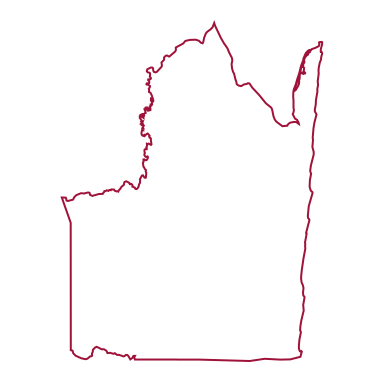 Matutuine, Maputo, Mozambique (Equal Earth projection)
{"feature_id": "85939544B97303459234614", "entity_name": "Matutuine", "entity_type": "district", "adm_level": 2, "iso_a3": "MOZ", "parent_name": "Mozambique", "parent_adm1": "Maputo", "projection": "equal_earth", "projection_center": [32.584, -26.451], "detail": "fine", "context": "isolated", "style": "outline", "palette": "rose", "viewbox_px": 384, "rotation_deg": 0, "n_neighbors": 0, "source": "geoboundaries", "source_scale": "gbopen_adm2", "svg_char_len": 5907}
<svg xmlns="http://www.w3.org/2000/svg" viewBox="0 0 384 384"><path d="M141.2,121.6L141.8,122.3L142.6,121.8L142.0,123.3L142.5,123.3L142.4,124.3L141.7,123.5L141.1,123.5L140.8,123.9L141.2,124.1L141.6,125.1L142.8,125.6L142.6,124.6L143.1,124.5L143.4,125.3L143.8,125.6L142.9,127.5L143.4,128.6L142.3,128.6L142.4,129.0L142.9,129.1L142.3,129.8L142.8,130.4L142.0,130.4L141.6,132.0L141.5,134.0L141.9,135.0L142.8,135.7L143.9,135.1L143.9,136.0L144.5,136.2L145.8,134.7L147.4,133.5L147.9,133.7L149.6,135.7L149.2,136.6L149.6,137.7L150.4,137.8L150.9,138.8L150.9,140.7L151.5,144.3L151.0,144.9L148.6,143.6L147.7,144.1L146.9,143.8L147.1,145.8L146.3,147.2L146.8,148.1L146.7,149.2L145.1,149.2L144.5,149.8L144.5,152.0L144.9,152.9L144.3,154.6L144.7,155.7L145.6,156.8L146.3,156.9L147.5,156.4L148.0,157.3L147.2,159.5L146.3,160.2L145.2,160.1L144.2,159.3L143.4,159.5L143.6,161.8L142.9,162.6L143.4,166.6L144.1,167.4L144.8,169.0L146.0,170.1L145.7,171.4L146.3,173.0L145.9,177.3L145.6,177.8L144.5,177.6L143.0,175.3L141.9,175.6L139.9,179.3L140.2,180.7L139.9,182.0L140.1,182.7L139.0,184.5L138.6,186.6L137.3,188.6L136.5,189.1L135.3,188.8L134.8,187.6L132.4,186.6L132.6,186.0L132.4,185.0L131.5,184.0L130.9,183.8L130.6,184.2L129.9,184.2L129.0,182.7L126.3,181.3L124.6,181.9L124.2,182.8L123.9,184.8L121.5,186.8L119.8,189.4L118.8,190.3L118.3,191.6L117.7,191.3L116.3,191.4L114.7,190.7L114.1,189.6L111.7,189.4L111.2,189.5L110.9,190.2L109.3,190.0L108.5,190.9L106.8,190.3L105.7,191.0L104.4,191.1L104.0,192.3L103.4,192.6L102.7,193.9L99.0,194.0L92.3,195.9L90.0,194.8L89.6,192.9L89.0,192.6L87.9,192.5L84.0,193.5L81.0,193.2L76.2,195.2L74.0,197.5L73.4,199.1L72.9,199.7L68.2,200.9L67.3,200.9L66.5,200.5L66.1,198.3L65.7,197.6L61.8,197.5L70.7,222.8L70.8,350.2L72.5,350.6L73.3,353.3L75.6,355.7L81.4,358.3L85.6,359.2L87.4,358.7L90.3,356.3L91.5,356.2L92.1,355.7L92.0,353.5L92.8,351.7L92.9,349.8L95.0,347.6L96.5,346.8L99.1,347.9L101.5,349.3L103.5,349.2L104.5,349.5L106.5,350.9L107.5,353.1L110.0,352.8L113.5,353.8L114.8,353.2L117.0,354.9L119.3,354.9L123.4,356.4L124.5,356.1L125.9,354.9L127.3,355.0L128.3,355.9L130.3,359.4L132.6,357.8L133.2,356.2L133.7,355.9L135.0,355.9L134.2,357.5L134.9,359.5L199.1,359.6L249.7,361.0L264.7,358.8L280.2,359.6L290.3,359.4L300.4,356.8L301.8,351.6L301.4,351.1L300.5,351.6L299.8,351.1L298.9,348.6L298.9,345.3L299.5,339.2L300.9,332.3L300.7,331.4L300.1,330.4L300.4,326.1L301.4,320.1L303.7,310.6L303.2,304.9L304.6,297.1L303.3,295.4L303.0,292.9L303.5,287.9L302.8,285.1L301.6,282.4L301.1,278.6L301.2,275.8L301.8,270.0L303.5,258.3L305.3,248.8L305.1,245.7L305.3,244.2L305.0,242.7L306.6,233.9L306.6,233.4L306.2,233.3L306.1,232.9L309.4,220.2L309.2,219.3L308.2,218.2L307.8,216.2L308.8,206.0L312.6,192.9L312.3,191.9L311.3,191.3L310.4,189.6L309.6,186.6L309.9,180.2L311.1,173.6L310.7,173.0L310.2,170.6L310.9,165.5L313.7,154.5L313.7,151.9L312.4,147.0L313.0,140.0L312.7,137.8L313.5,128.2L314.4,122.7L316.5,114.4L314.9,111.5L314.8,109.7L315.8,104.3L315.9,100.4L317.4,91.7L317.3,89.0L318.1,84.9L317.7,81.4L318.7,73.6L318.5,71.1L318.7,68.1L319.7,62.9L321.0,59.5L321.3,56.6L322.1,53.9L322.1,53.0L321.6,51.9L320.8,52.0L320.7,51.5L320.8,49.3L322.2,43.8L322.1,42.2L321.8,41.9L319.2,42.2L319.0,42.6L319.4,44.1L318.8,46.1L315.1,48.0L312.0,49.0L310.5,50.8L310.2,50.8L310.0,49.9L309.1,50.1L307.7,51.0L305.7,53.3L303.4,58.6L303.4,59.8L301.1,65.7L299.3,72.9L299.6,72.8L300.8,69.9L301.2,67.0L302.1,67.0L301.6,66.7L301.7,65.7L303.3,61.4L304.0,58.2L304.9,56.1L307.0,52.9L308.8,51.1L309.4,50.9L309.7,51.2L309.5,51.8L309.7,52.3L308.4,52.9L308.0,54.6L306.5,55.6L305.0,57.5L304.1,59.5L304.4,62.3L303.2,64.3L303.2,65.1L302.7,65.2L302.3,65.9L302.5,66.5L303.1,66.5L303.7,67.4L304.0,68.2L303.9,70.2L303.2,72.3L304.5,72.1L305.2,73.0L305.1,73.3L304.2,73.2L303.9,73.8L303.3,74.0L302.1,72.9L301.2,73.3L301.0,72.7L300.0,73.4L299.8,74.4L299.6,78.8L299.0,80.7L299.2,82.2L298.9,84.1L297.9,86.4L295.7,90.0L294.0,91.3L294.2,89.3L296.3,84.6L299.1,75.8L299.4,73.8L299.2,73.5L297.7,77.7L295.6,84.9L293.8,89.4L293.3,92.4L293.2,97.4L293.5,100.1L293.5,107.6L293.9,110.1L293.4,112.8L292.7,114.1L295.0,118.6L297.1,119.9L298.7,122.9L298.9,124.0L296.3,122.1L294.0,121.9L290.1,122.7L288.7,123.7L287.4,125.1L287.3,125.7L282.4,126.2L276.3,121.6L274.7,119.4L273.5,116.3L272.1,109.5L271.3,107.7L265.9,103.3L258.9,94.7L252.3,87.7L249.5,83.5L248.0,83.2L246.8,83.9L244.1,84.4L241.1,86.1L238.8,85.6L237.2,84.6L236.6,83.8L236.5,82.5L235.3,78.9L234.1,73.8L233.1,71.9L232.1,68.7L231.6,64.5L231.8,62.7L232.2,61.6L232.2,59.3L231.8,57.7L229.0,52.2L227.4,48.2L223.9,43.2L220.8,37.8L215.2,26.0L214.2,23.0L212.5,27.4L210.5,29.4L207.2,31.8L205.8,33.5L204.1,37.9L203.3,41.9L202.6,43.3L200.7,42.6L199.0,40.8L195.7,39.7L190.0,39.9L185.4,40.9L183.2,43.5L175.8,47.5L175.9,50.0L175.2,51.5L169.6,56.3L169.1,56.6L167.0,55.5L165.9,55.7L164.8,56.6L164.1,57.5L164.1,59.3L163.9,60.0L161.5,62.5L161.9,65.3L161.7,66.6L156.9,71.8L155.5,72.4L153.9,71.8L153.4,71.0L152.9,68.1L152.2,67.5L150.6,67.6L147.3,69.3L146.8,70.9L146.9,71.5L147.9,72.4L149.3,72.7L150.0,73.2L150.1,74.6L149.8,76.8L150.9,78.0L150.9,78.6L150.3,79.3L148.2,79.4L148.1,80.1L149.2,81.4L149.2,83.1L148.6,83.5L146.9,83.3L146.4,84.2L146.8,84.6L148.2,84.5L148.6,85.1L150.0,86.1L149.8,87.4L148.8,88.7L149.1,89.7L149.0,92.0L150.4,92.7L151.7,95.2L153.2,99.9L153.3,101.3L153.1,101.5L152.3,101.2L151.8,100.1L151.8,98.6L151.0,98.4L150.9,100.4L151.9,102.0L152.1,104.5L151.7,105.1L151.0,104.3L150.6,104.4L150.5,106.1L149.7,106.5L149.7,107.4L150.3,107.9L150.5,108.8L150.4,110.1L148.1,110.7L148.0,110.3L148.2,109.8L149.7,109.9L150.0,109.2L149.7,108.8L148.5,108.8L147.0,107.4L145.5,107.6L145.2,108.3L145.4,108.6L146.5,108.0L146.8,108.3L146.0,109.8L144.6,109.6L145.6,112.0L145.6,113.0L144.7,113.2L143.7,114.2L144.2,115.2L144.0,115.8L142.9,115.6L142.6,114.0L142.2,114.0L141.8,114.8L143.5,117.1L143.5,117.9L141.4,116.5L140.9,115.8L140.9,114.8L140.5,114.8L139.8,115.9L139.8,118.0L140.4,118.3L140.7,119.4L142.1,120.9L141.2,121.6Z" fill="none" stroke="#9f1239" stroke-width="2"/></svg>